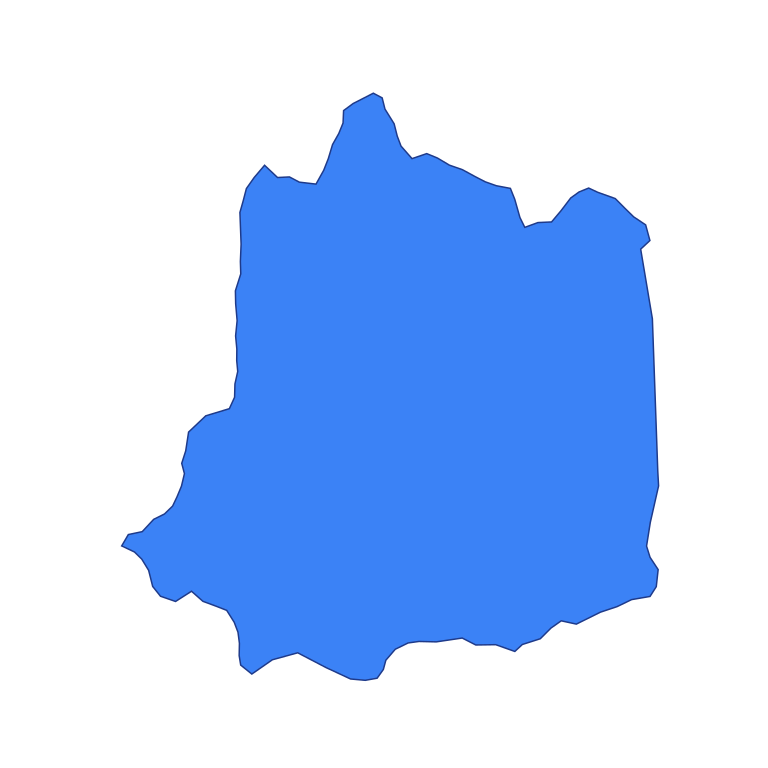 Espírito Santo do Turvo, São Paulo, Brazil, rotated 259°
{"feature_id": "56859067B99207241382744", "entity_name": "Espírito Santo do Turvo", "entity_type": "district", "adm_level": 2, "iso_a3": "BRA", "parent_name": "Brazil", "parent_adm1": "São Paulo", "projection": "albers", "projection_center": [-49.425, -22.663], "detail": "fine", "context": "isolated", "style": "filled", "palette": "blue", "viewbox_px": 768, "rotation_deg": 259, "n_neighbors": 0, "source": "geoboundaries", "source_scale": "gbopen_adm2", "svg_char_len": 1643}
<svg xmlns="http://www.w3.org/2000/svg" viewBox="0 0 768 768"><g transform="rotate(259 384 384)"><path d="M621.5,308.5L611.5,296.0L602.1,286.2L590.6,280.7L579.9,275.3L548.5,270.4L531.7,266.4L519.4,264.4L503.8,255.9L491.1,253.7L474.2,251.9L459.5,247.5L446.3,246.2L435.2,243.9L424.2,242.8L412.5,237.7L399.5,234.8L389.3,227.5L386.8,203.0L374.1,183.0L356.2,176.6L344.7,170.3L334.1,171.0L322.4,165.7L312.9,159.4L304.5,153.2L298.3,143.7L295.1,132.1L285.2,118.5L285.0,104.3L275.1,95.6L266.7,107.0L258.3,112.8L246.0,117.4L229.4,118.3L218.3,124.1L210.3,137.9L217.3,155.5L205.2,164.8L197.6,177.3L191.8,186.4L178.7,191.5L168.2,193.3L157.1,192.6L145.0,190.0L135.4,189.7L124.5,198.9L134.6,221.8L136.6,248.0L116.6,273.1L100.8,294.9L96.7,309.1L96.5,321.1L103.9,328.9L112.5,333.1L121.5,344.5L125.2,358.3L124.6,369.2L120.9,386.1L119.7,412.3L110.3,424.3L106.8,443.9L96.5,461.4L101.9,470.1L104.1,488.8L112.6,501.4L117.7,512.8L111.6,527.0L118.7,552.8L121.0,570.4L125.1,585.9L124.7,604.6L133.1,612.6L149.5,617.7L163.1,612.1L174.8,610.8L197.3,619.0L231.6,634.1L246.1,636.1L396.8,659.9L467.4,661.7L474.1,672.4L490.3,671.2L500.4,661.0L510.4,654.1L521.9,646.4L531.4,630.4L537.3,622.3L535.3,612.1L531.0,602.8L520.3,590.8L511.1,579.4L513.1,565.9L510.9,552.1L521.5,549.2L540.4,547.6L551.9,545.4L557.2,532.1L563.2,521.9L570.4,512.8L579.4,501.9L586.4,489.9L595.6,479.6L602.0,469.9L599.9,454.5L614.3,446.1L624.8,444.3L637.5,443.6L653.7,437.4L665.2,436.8L671.5,429.0L665.2,407.2L660.1,396.5L648.0,393.6L638.5,387.4L628.9,379.2L615.8,372.3L605.3,365.6L593.2,355.4L598.3,339.4L605.3,330.7L607.0,318.9L621.5,308.5Z" fill="#3b82f6" stroke="#1e3a8a" stroke-width="1.5"/></g></svg>